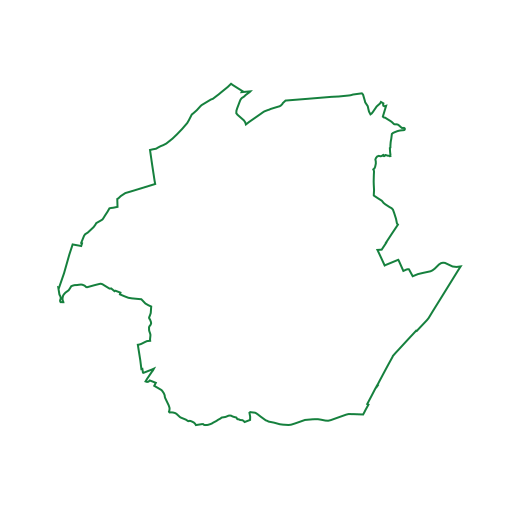 Falticeni, Suceava, Romania (orthographic projection), rotated 261°
{"feature_id": "2599482B37140017056503", "entity_name": "Falticeni", "entity_type": "district", "adm_level": 2, "iso_a3": "ROU", "parent_name": "Romania", "parent_adm1": "Suceava", "projection": "orthographic", "projection_center": [26.308, 47.463], "detail": "fine", "context": "isolated", "style": "outline", "palette": "green", "viewbox_px": 512, "rotation_deg": 261, "n_neighbors": 0, "source": "geoboundaries", "source_scale": "gbopen_adm2", "svg_char_len": 6025}
<svg xmlns="http://www.w3.org/2000/svg" viewBox="0 0 512 512"><g transform="rotate(261 256 256)"><path d="M334.4,404.3L335.0,404.6L337.7,404.7L341.7,405.1L342.1,405.7L344.4,406.1L347.3,406.8L348.9,407.3L350.5,407.9L355.3,409.3L356.0,410.4L356.5,412.0L357.2,415.2L357.4,417.1L357.4,418.7L357.2,421.6L357.3,422.3L357.7,422.7L358.4,422.9L358.8,422.8L359.3,422.3L359.4,421.8L359.5,421.2L359.7,420.1L360.7,419.2L362.9,417.4L363.6,416.6L364.1,415.4L364.3,413.8L364.6,413.1L365.0,412.7L367.1,411.1L368.2,410.0L370.8,407.0L372.4,405.2L372.5,404.9L372.6,404.5L372.7,404.2L372.9,403.9L373.8,403.1L375.3,403.8L384.0,408.0L383.8,406.7L383.9,406.1L384.5,405.3L385.5,405.2L386.8,405.7L388.6,403.5L387.7,402.8L386.9,401.9L386.2,400.7L384.7,398.4L384.1,397.9L381.5,395.4L380.1,394.1L378.7,392.6L378.0,391.2L381.0,390.2L383.3,390.0L386.5,389.8L390.7,387.9L392.1,387.8L398.5,387.0L399.6,386.4L400.1,386.0L400.2,381.7L400.3,377.0L400.0,374.9L400.0,373.1L400.3,367.9L400.6,362.6L401.4,355.4L403.2,331.3L404.9,309.5L402.8,306.4L401.9,305.7L400.8,304.2L400.2,302.8L400.1,301.9L399.6,298.1L398.9,293.3L398.5,292.1L398.4,291.4L398.3,290.6L397.9,288.7L397.5,286.8L396.7,285.0L395.8,283.2L393.7,278.9L389.4,270.0L387.5,266.6L389.6,266.3L391.8,265.3L394.2,263.3L398.3,259.9L400.0,258.9L400.7,259.0L402.6,259.4L405.0,260.6L408.3,262.5L410.6,263.8L412.3,264.8L413.2,265.5L414.2,266.6L415.3,269.1L416.7,271.1L418.2,274.0L418.9,275.4L419.5,276.2L420.1,267.5L421.1,268.3L421.3,268.0L423.5,265.5L424.8,264.0L428.5,259.8L429.5,258.8L430.0,258.3L427.4,254.6L422.9,246.8L421.5,244.5L420.5,242.6L418.0,238.0L417.9,237.4L417.6,235.9L417.0,234.4L413.5,225.8L412.6,224.5L409.3,220.4L406.8,216.5L405.8,214.7L403.3,212.9L400.7,211.0L398.1,208.9L393.1,203.0L388.7,197.2L385.0,191.9L381.1,185.0L380.0,181.7L379.4,179.0L378.6,176.6L377.6,174.1L377.5,170.6L377.3,167.9L362.2,167.7L346.1,167.6L342.9,167.7L339.3,142.3L338.6,136.8L336.4,131.9L335.8,131.0L334.6,129.3L334.0,127.9L326.2,126.9L326.0,122.5L326.1,120.5L326.0,118.7L323.0,116.3L319.8,113.4L316.8,110.8L316.0,109.9L315.3,108.2L313.7,104.0L313.4,103.3L312.2,102.4L310.0,100.2L307.6,96.7L305.5,93.6L304.2,90.6L302.8,89.3L296.3,85.4L295.8,86.2L293.2,84.9L296.1,76.7L286.5,71.8L269.0,63.7L255.5,56.5L255.9,55.8L248.9,55.8L248.4,55.9L247.0,56.4L246.5,56.5L245.3,56.6L244.4,56.4L243.1,55.7L242.5,55.5L241.9,55.5L241.0,55.8L240.5,58.5L240.8,58.5L242.1,58.2L243.3,58.1L244.5,58.3L245.2,58.5L247.1,59.3L248.2,60.3L249.6,62.0L251.4,65.5L252.4,66.5L254.2,68.1L255.0,68.7L255.1,69.0L255.4,70.3L255.6,72.1L255.5,73.2L255.3,74.9L255.3,76.4L255.2,78.5L255.0,79.5L254.4,80.7L253.5,82.1L251.8,83.5L251.6,84.5L252.4,91.5L252.9,97.1L252.9,98.3L252.1,100.0L251.6,100.5L246.9,106.0L246.6,106.6L246.6,107.9L243.4,110.7L243.7,111.2L243.7,111.7L241.0,116.4L239.4,115.6L236.9,119.6L234.7,123.4L233.6,126.7L231.2,136.0L226.4,139.3L224.2,142.0L222.5,144.6L220.4,144.1L218.2,143.6L216.1,143.1L214.2,142.1L212.0,140.8L210.9,140.8L210.1,141.3L208.8,141.6L207.3,141.9L206.0,141.9L205.0,141.4L204.3,140.9L203.2,139.7L202.3,139.2L200.9,139.0L199.5,138.8L198.2,138.9L196.1,139.3L194.6,139.4L193.3,139.1L190.3,138.3L188.8,138.2L189.0,135.0L188.4,132.9L187.6,130.4L187.1,128.8L186.8,126.9L186.8,125.4L171.0,125.4L162.2,125.1L162.3,126.1L159.7,126.1L158.5,126.1L158.2,126.6L158.3,127.0L160.2,135.7L160.7,137.5L159.0,136.2L158.1,135.2L151.7,129.2L149.4,127.3L148.8,128.4L148.6,129.5L148.9,130.5L149.7,131.6L147.5,135.4L146.4,137.2L143.7,135.2L142.2,137.0L141.0,138.5L138.6,141.4L138.2,141.8L137.0,142.5L134.8,143.5L133.6,143.8L132.5,144.0L131.4,143.9L129.9,144.1L122.2,146.4L119.7,146.8L119.0,146.8L117.8,146.5L116.5,146.1L116.0,145.7L115.5,145.8L115.0,146.2L114.8,147.7L114.5,149.3L113.6,151.4L112.6,152.7L111.2,153.8L109.3,155.3L108.7,155.8L108.1,156.6L105.3,161.2L104.0,162.6L103.5,163.2L103.4,163.8L103.6,164.3L103.3,165.5L102.4,167.0L101.3,168.5L100.4,169.2L99.8,169.6L99.2,169.9L98.4,170.2L98.4,176.5L98.2,177.5L97.3,178.3L97.0,179.2L96.7,181.9L97.1,184.7L97.5,186.3L98.1,187.6L99.2,190.9L99.4,191.4L100.1,192.8L101.0,195.4L101.8,196.8L101.8,197.2L101.8,199.4L101.8,200.5L102.0,201.6L102.5,203.5L102.6,204.3L102.5,205.3L102.2,206.4L101.8,206.9L101.1,207.9L100.3,209.5L99.6,211.2L99.4,211.4L98.8,211.6L98.1,211.9L97.8,212.1L97.6,212.5L97.4,213.5L96.8,214.1L96.3,215.4L96.0,216.8L95.2,217.8L93.8,218.8L95.0,224.5L98.2,225.1L102.2,225.0L102.7,225.9L102.5,226.5L101.8,229.0L101.4,230.5L100.7,231.5L99.5,232.8L96.7,235.4L92.2,239.9L91.3,241.5L90.5,242.5L88.6,247.7L86.1,253.2L85.2,256.3L84.0,261.7L83.9,264.3L84.5,268.3L85.4,273.3L86.4,278.7L85.8,287.1L85.1,291.7L84.2,294.5L82.6,298.8L82.0,301.5L82.2,304.2L83.9,313.2L85.2,320.2L85.4,322.5L84.7,326.9L82.7,337.0L84.5,338.4L87.0,340.2L91.6,343.8L92.4,342.7L100.0,348.4L104.2,351.5L106.5,353.2L107.1,353.7L107.2,354.1L108.8,355.7L108.9,355.1L110.6,356.5L114.5,359.4L116.2,360.7L119.4,363.1L123.9,366.5L128.6,370.1L135.3,375.3L135.8,375.5L138.7,379.0L144.6,386.5L152.2,396.1L153.8,398.2L157.2,402.5L156.8,403.0L159.9,407.0L165.9,414.8L167.6,416.7L174.2,422.3L185.4,432.0L210.1,453.3L213.7,456.5L213.8,452.4L214.9,448.5L219.6,441.6L220.1,439.7L220.0,437.7L219.0,435.4L215.5,430.5L214.2,428.0L213.6,426.0L213.2,418.7L212.8,413.2L211.5,407.6L218.9,405.0L219.2,404.1L219.1,402.5L218.2,399.2L229.4,396.2L230.0,395.9L226.8,382.5L226.5,381.6L232.9,379.8L238.2,378.3L243.0,376.9L242.6,381.1L248.7,386.7L248.9,386.5L250.4,387.9L256.9,393.8L264.8,401.1L265.5,400.6L266.3,400.3L270.8,400.1L276.8,399.2L280.4,398.5L282.0,397.4L282.7,396.5L283.3,395.7L286.9,391.7L288.6,390.2L289.9,389.5L290.9,388.9L294.0,385.4L297.2,381.9L297.5,381.8L302.6,382.9L308.3,383.5L311.3,383.9L317.8,385.1L320.6,385.7L321.5,385.8L322.6,385.6L323.2,385.4L323.9,386.6L325.4,387.6L328.5,388.8L330.7,389.1L332.6,389.0L333.2,389.3L334.2,390.0L335.3,391.2L335.7,392.9L335.0,394.6L335.1,395.8L335.8,397.2L335.9,397.5L335.7,397.6L334.9,397.6L334.6,398.1L334.7,398.7L335.3,399.2L335.5,399.6L335.2,400.3L334.8,401.2L334.5,401.6L334.4,402.1L334.3,402.8L333.6,403.8L333.7,404.4L334.4,404.3Z" fill="none" stroke="#15803d" stroke-width="2"/></g></svg>